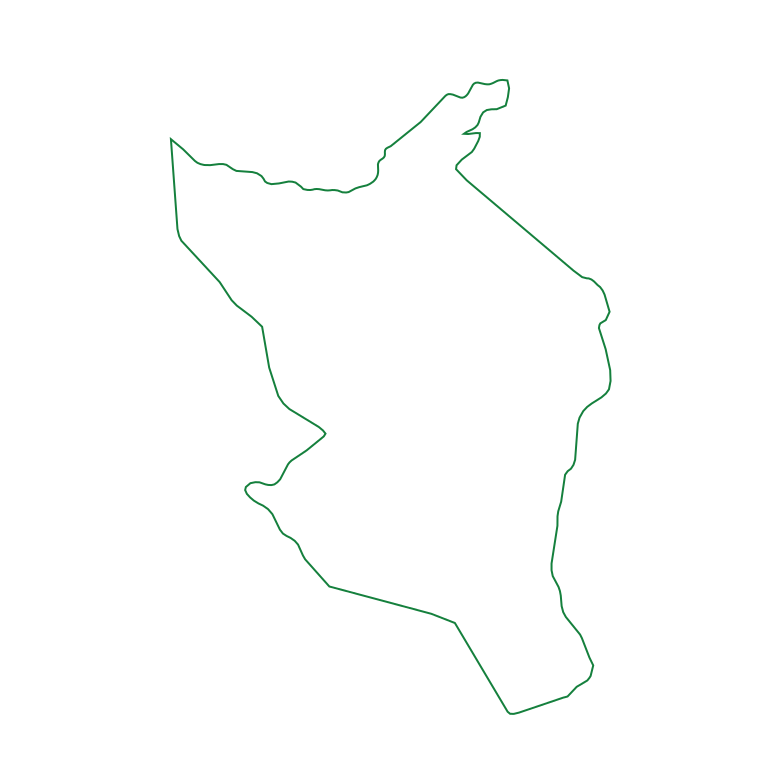 outline of Caaguazú, rotated 276°
{"feature_id": "PRY-617", "entity_name": "Caaguazú", "entity_type": "Department", "adm_level": 1, "iso_a3": "PRY", "parent_name": "Paraguay", "parent_adm1": "", "projection": "robinson", "projection_center": [-55.638, -25.106], "detail": "fine", "context": "isolated", "style": "outline", "palette": "green", "viewbox_px": 768, "rotation_deg": 276, "n_neighbors": 0, "source": "natural_earth", "source_scale": "10m", "svg_char_len": 2871}
<svg xmlns="http://www.w3.org/2000/svg" viewBox="0 0 768 768"><g transform="rotate(276 384 384)"><path d="M328.5,331.0L331.4,328.2L334.4,323.7L349.2,292.5L354.1,286.0L361.1,280.1L388.3,268.1L428.2,256.8L437.1,245.2L446.6,229.4L451.4,223.7L468.2,209.9L505.3,167.5L509.7,164.8L516.5,162.4L605.2,146.5L596.4,159.7L586.1,172.6L584.5,175.3L583.5,178.5L583.0,182.4L583.5,188.3L585.5,197.0L585.9,201.0L585.5,204.4L581.9,211.1L580.5,214.9L581.0,231.0L580.3,235.7L578.0,240.4L575.6,242.7L573.0,244.5L571.7,246.9L571.0,251.2L572.5,258.6L575.4,268.0L575.6,271.5L575.1,275.0L571.6,280.8L569.4,283.4L569.0,287.5L569.2,290.3L569.8,292.7L570.5,294.5L570.9,296.6L571.0,299.1L570.5,305.3L570.6,307.9L571.0,310.2L571.5,312.2L571.7,314.7L571.6,317.8L570.3,322.6L570.5,326.4L571.2,328.8L575.5,335.1L577.1,338.6L578.4,342.2L579.8,346.2L580.8,347.9L581.8,349.4L584.2,352.2L585.6,353.3L587.2,354.4L589.1,355.2L591.2,355.8L593.5,356.0L595.7,355.9L601.9,355.0L603.9,355.4L605.5,356.2L606.8,357.5L608.0,359.0L609.3,360.2L610.9,360.9L612.8,360.9L614.7,360.6L616.6,360.6L618.1,361.3L619.3,362.7L621.2,365.8L648.4,393.1L676.8,414.8L678.1,416.1L679.0,417.7L679.2,419.9L679.0,422.3L676.9,430.0L676.9,432.0L677.6,433.7L678.7,435.1L680.0,436.2L681.7,437.3L690.8,441.1L692.2,442.2L693.2,443.8L693.6,445.9L692.8,453.0L692.8,455.4L693.1,457.5L693.9,459.4L694.8,461.1L696.9,464.3L697.8,466.0L698.4,468.0L698.8,470.1L698.8,475.0L691.1,477.5L682.2,477.2L673.6,475.9L669.1,467.4L668.4,462.0L667.2,457.6L664.5,454.2L659.8,452.0L654.0,450.9L651.3,449.9L648.7,447.9L646.6,445.4L643.3,439.8L641.2,437.4L641.4,441.5L643.2,449.3L643.5,453.1L639.8,453.4L635.5,452.3L627.4,449.1L623.9,447.1L615.3,437.9L609.1,433.3L605.2,433.2L595.2,445.0L516.5,560.7L511.0,569.9L510.3,574.7L510.4,576.6L509.6,579.4L508.0,582.1L504.8,586.0L503.0,588.8L499.8,591.7L496.0,594.0L479.4,600.8L470.8,597.9L466.9,592.8L465.1,592.1L462.1,591.9L441.8,600.8L421.4,607.5L410.7,609.0L402.2,608.3L397.7,605.7L393.4,601.6L386.3,592.6L382.5,588.5L377.9,585.0L371.0,582.0L364.8,580.9L328.6,582.0L323.4,580.9L319.3,578.8L316.5,575.8L312.7,573.6L285.5,572.5L275.6,570.6L270.6,570.4L261.1,571.3L223.0,569.4L216.3,570.1L210.6,571.9L200.4,578.8L196.5,580.6L192.1,581.9L181.6,583.9L175.8,586.1L171.3,589.2L155.3,605.2L151.9,607.4L133.4,616.9L126.0,621.5L115.2,620.0L113.2,619.0L110.4,617.2L103.0,607.3L92.4,599.2L91.2,596.1L90.9,595.2L71.3,552.6L69.5,547.6L69.2,543.9L71.0,541.2L153.7,479.5L160.4,455.1L176.9,350.8L201.4,323.9L205.0,321.3L215.3,315.3L218.7,311.6L221.2,307.1L222.7,303.0L224.7,299.1L228.3,295.7L242.9,286.6L247.4,281.8L250.4,276.4L252.1,271.6L254.4,266.8L257.2,262.7L260.4,259.1L264.0,257.0L267.1,257.4L271.4,261.5L272.9,266.3L273.2,270.5L271.8,276.5L271.5,279.4L271.7,282.6L272.7,285.5L275.1,288.2L278.4,290.7L294.0,296.9L296.1,298.2L298.3,300.1L309.9,314.0L325.6,329.6L328.5,331.0Z" fill="none" stroke="#15803d" stroke-width="2"/></g></svg>